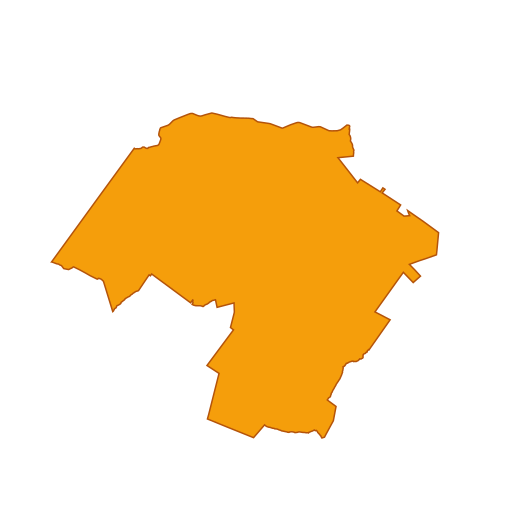 the district of Juárez, Chihuahua, Mexico, rotated 306°
{"feature_id": "50627088B5477759296036", "entity_name": "Juárez", "entity_type": "district", "adm_level": 2, "iso_a3": "MEX", "parent_name": "Mexico", "parent_adm1": "Chihuahua", "projection": "albers", "projection_center": [-106.665, 31.452], "detail": "fine", "context": "isolated", "style": "filled", "palette": "amber", "viewbox_px": 512, "rotation_deg": 306, "n_neighbors": 0, "source": "geoboundaries", "source_scale": "gbopen_adm2", "svg_char_len": 6034}
<svg xmlns="http://www.w3.org/2000/svg" viewBox="0 0 512 512"><g transform="rotate(306 256 256)"><path d="M415.4,252.6L410.5,251.2L407.9,250.3L406.7,249.4L405.0,248.0L401.8,243.8L400.5,241.8L400.2,241.2L398.4,232.2L397.6,230.8L393.7,226.6L393.2,225.8L393.0,225.3L389.8,213.6L389.4,212.5L388.7,211.4L387.6,210.4L382.6,206.9L375.3,202.5L374.8,202.0L371.8,191.2L371.4,189.8L370.8,188.5L365.7,178.8L365.5,178.3L365.4,173.4L365.4,173.0L365.3,172.7L364.5,171.5L363.1,169.0L359.7,164.1L358.4,162.3L357.6,161.0L356.4,159.2L354.8,156.5L354.0,154.9L353.5,154.3L353.0,154.0L352.4,153.0L350.7,148.8L348.0,141.5L345.9,136.6L345.6,136.1L340.4,131.9L337.5,129.8L336.5,128.8L335.7,127.3L335.1,125.4L335.0,124.9L334.1,121.1L333.8,120.5L332.7,119.2L330.7,117.8L322.5,112.6L317.9,109.8L316.4,109.3L312.4,108.7L311.1,108.4L309.8,107.8L303.8,103.6L303.3,103.5L301.6,103.9L300.9,104.3L300.1,104.5L298.1,105.4L297.4,105.8L296.7,106.3L296.3,107.0L295.6,109.4L295.1,110.0L294.5,110.4L292.9,110.9L290.3,111.6L289.5,111.8L288.6,111.8L287.7,111.4L287.1,111.0L286.6,110.4L285.4,109.3L284.9,108.8L284.2,108.3L282.5,106.8L281.9,106.5L280.7,105.3L280.4,105.2L279.5,105.2L279.3,105.0L278.9,104.4L278.5,103.4L278.4,101.6L278.2,101.2L277.6,100.4L277.3,100.2L276.0,99.9L275.5,99.7L274.1,98.4L273.5,97.7L273.2,97.1L271.6,95.2L271.5,94.9L271.6,94.2L214.0,94.1L131.0,94.1L131.3,94.6L131.3,95.0L131.6,95.8L132.3,98.5L132.6,99.5L133.4,101.1L133.4,102.5L133.8,103.9L133.9,104.2L132.8,107.9L134.9,112.4L136.9,113.4L138.1,114.1L139.8,114.6L140.0,114.8L141.1,121.1L142.0,127.8L142.6,133.4L143.3,137.5L143.9,141.0L144.0,141.1L144.2,141.3L144.3,141.5L144.6,141.5L145.1,141.5L145.3,141.6L145.5,142.1L145.7,142.3L145.7,142.6L146.0,143.1L146.2,144.4L146.2,145.0L146.0,146.5L145.9,147.4L129.3,169.5L127.6,171.7L127.2,172.3L126.8,172.8L127.6,173.0L128.2,172.9L128.8,172.7L129.2,172.8L129.6,172.7L130.2,172.6L130.9,172.8L131.7,173.2L132.0,173.2L132.7,173.0L132.9,173.0L133.7,172.7L134.0,172.7L134.4,172.9L134.9,173.3L135.9,173.7L136.7,174.2L137.1,174.3L137.5,174.3L138.0,174.5L138.3,174.5L139.1,174.1L139.4,174.2L140.2,174.4L140.3,174.5L141.1,174.7L141.3,174.8L141.6,174.8L142.1,174.9L143.0,175.3L143.9,175.4L144.5,175.2L146.3,176.0L147.2,176.4L147.7,176.6L149.0,177.4L149.3,177.5L150.7,177.6L151.6,177.9L152.1,178.1L152.5,178.3L153.0,178.3L154.0,178.6L154.8,179.0L155.2,179.0L155.7,179.3L156.8,179.7L157.6,180.4L158.9,181.3L177.9,180.6L177.9,182.2L180.1,182.2L179.7,230.6L183.2,230.6L183.2,231.0L182.7,231.2L181.8,231.5L181.4,232.3L181.1,232.6L180.0,232.6L179.8,232.8L179.3,232.8L179.6,234.6L180.4,236.5L183.1,240.3L183.8,242.1L183.8,242.5L184.3,243.1L184.5,243.1L185.2,243.3L185.8,243.3L186.5,243.6L187.3,244.0L188.3,244.7L189.9,245.3L190.0,245.4L191.0,245.5L191.4,245.5L191.9,245.9L192.8,246.3L193.0,246.3L193.4,246.6L194.0,246.7L194.7,247.1L195.3,247.8L196.2,248.5L196.4,248.6L196.6,248.6L196.8,248.9L191.6,254.7L205.1,265.8L198.1,271.3L197.2,271.8L183.1,277.4L183.0,281.2L138.6,280.7L139.3,295.1L99.9,310.9L95.6,312.5L100.7,333.3L107.6,360.8L124.4,362.2L124.3,363.3L124.3,364.5L124.4,365.0L124.8,366.4L125.2,367.4L125.7,368.2L125.9,369.1L126.4,370.6L127.1,371.8L127.2,372.0L127.1,372.3L127.1,372.5L127.5,373.2L128.1,374.2L128.6,375.3L128.8,376.6L129.5,378.6L129.5,379.3L130.5,381.4L130.8,382.1L130.9,382.4L131.3,383.2L131.7,384.1L131.8,384.3L131.9,384.6L132.0,385.1L132.3,385.7L132.6,386.1L132.8,386.4L132.9,386.5L133.2,386.5L133.4,386.6L134.9,388.3L135.7,390.0L135.9,390.5L135.9,391.1L136.2,391.6L137.5,393.0L138.3,393.6L139.0,394.2L139.7,395.4L140.9,397.8L141.4,398.4L141.7,398.9L142.1,399.7L142.4,400.4L143.2,401.4L143.5,401.9L143.6,402.4L143.9,402.4L144.0,402.5L144.3,402.4L144.8,402.7L145.1,403.0L145.4,403.1L146.6,403.8L147.5,404.5L148.7,405.1L149.5,405.4L149.4,405.9L149.6,406.8L150.0,407.2L150.3,407.2L150.3,407.8L150.1,408.7L149.8,409.3L149.6,409.5L149.3,410.8L149.1,411.8L149.2,412.0L148.5,413.8L148.6,414.2L148.0,415.1L147.5,416.3L149.7,417.9L153.0,417.4L168.2,415.4L181.3,409.2L181.4,398.3L181.5,398.2L182.2,398.3L183.8,398.1L184.6,398.5L185.5,398.8L185.8,398.8L186.4,398.7L186.9,398.4L187.2,398.3L188.0,398.2L188.6,397.9L188.8,397.7L189.1,397.6L190.5,397.6L192.5,397.1L193.3,397.1L195.1,396.9L196.3,396.7L198.2,396.6L199.1,396.3L202.1,396.2L204.5,396.1L205.0,396.0L205.7,396.1L206.1,396.0L210.3,395.1L211.1,394.8L212.6,394.4L212.9,394.3L213.2,393.9L214.1,393.5L214.7,393.4L215.5,392.9L216.1,392.7L216.5,392.4L216.9,392.2L217.5,391.5L217.9,391.6L218.0,391.8L218.4,392.1L218.6,392.2L219.1,392.2L219.3,392.3L219.5,392.2L219.7,392.4L219.9,392.4L220.5,392.2L221.0,392.4L221.9,392.1L222.2,392.1L222.8,392.8L223.2,392.9L223.3,393.1L223.6,393.1L224.3,393.6L224.6,393.6L225.2,393.9L225.8,394.4L226.7,395.1L227.4,395.5L227.7,396.0L227.8,396.3L228.0,396.4L228.1,396.7L228.0,397.2L228.8,397.9L229.1,398.4L229.2,398.7L229.7,399.2L230.4,399.5L230.8,399.8L231.1,400.0L232.3,400.2L232.6,400.2L233.0,400.5L233.7,400.3L233.8,400.4L233.9,400.5L233.9,400.8L234.0,401.0L234.5,401.6L235.0,401.7L236.0,402.3L236.5,402.3L236.9,402.2L237.4,401.7L237.6,401.7L237.9,401.4L238.4,401.2L238.7,400.8L239.0,400.7L239.5,400.8L239.9,400.8L240.1,400.9L240.4,400.9L241.0,401.3L241.1,401.5L242.0,401.8L242.2,401.7L242.4,401.6L243.0,401.8L243.4,402.3L244.0,402.2L244.3,402.1L244.4,401.9L244.8,401.8L245.5,402.0L246.3,402.0L246.6,402.1L246.5,402.6L283.2,402.0L280.7,385.1L321.3,384.8L329.4,384.8L326.9,398.8L336.4,400.9L338.1,392.6L339.4,385.0L348.3,391.0L353.4,394.7L363.0,401.3L367.0,399.0L382.2,390.0L382.3,371.3L381.9,352.0L380.1,354.6L379.0,356.6L377.0,354.4L375.3,352.3L375.3,343.5L382.3,343.0L381.2,321.0L385.8,321.2L385.7,318.6L381.0,318.8L379.4,295.4L374.9,295.2L383.7,264.5L394.0,276.1L396.1,274.8L396.6,274.6L397.3,274.1L397.7,273.7L398.3,273.3L399.2,273.0L400.3,271.0L400.9,270.2L401.7,269.4L402.4,269.0L403.3,267.7L404.0,266.2L404.5,264.8L405.7,264.2L406.4,263.8L407.0,263.3L407.7,262.6L408.6,261.3L409.1,259.9L412.2,258.2L413.6,257.3L413.4,257.0L413.4,256.8L414.4,256.4L414.5,256.2L415.9,255.7L416.4,255.0L416.3,254.2L415.4,252.6Z" fill="#f59e0b" stroke="#b45309" stroke-width="1.5"/></g></svg>